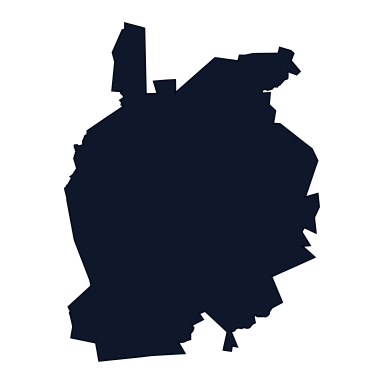 Cucurpe, Sonora, Mexico (Mercator projection)
{"feature_id": "50627088B85170396923038", "entity_name": "Cucurpe", "entity_type": "district", "adm_level": 2, "iso_a3": "MEX", "parent_name": "Mexico", "parent_adm1": "Sonora", "projection": "mercator", "projection_center": [-110.671, 30.429], "detail": "fine", "context": "isolated", "style": "filled", "palette": "ink", "viewbox_px": 384, "rotation_deg": 0, "n_neighbors": 0, "source": "geoboundaries", "source_scale": "gbopen_adm2", "svg_char_len": 4830}
<svg xmlns="http://www.w3.org/2000/svg" viewBox="0 0 384 384"><path d="M269.1,314.0L269.2,313.6L269.4,311.6L272.0,307.8L282.3,302.3L271.6,276.6L314.9,257.2L302.4,246.2L310.2,245.5L301.8,231.9L304.1,227.5L316.0,233.0L314.3,217.5L319.2,206.9L317.8,193.5L305.3,197.1L315.2,167.7L317.7,160.7L312.0,148.8L306.2,144.4L288.5,130.5L284.7,127.5L281.9,125.3L280.0,123.8L273.4,123.5L275.5,110.7L269.1,104.7L270.2,92.7L262.7,93.2L262.0,91.4L263.1,89.6L266.3,89.3L267.4,90.2L271.9,89.0L273.9,86.7L277.4,86.9L278.6,84.9L279.7,85.0L284.9,79.3L286.8,79.1L287.8,77.9L287.9,71.4L296.6,74.7L300.1,71.4L291.0,60.6L293.8,53.4L291.0,50.8L279.7,47.4L278.3,53.4L253.2,53.7L244.9,55.4L239.5,55.3L238.2,61.0L215.1,57.8L175.5,92.7L175.3,79.8L165.9,80.3L153.6,81.3L157.3,93.6L146.0,93.9L144.5,28.3L124.8,23.0L124.9,29.3L122.3,29.9L112.4,52.5L114.9,61.8L112.0,90.8L121.4,91.5L120.6,93.0L123.5,95.7L123.5,97.7L119.8,100.3L121.7,102.2L121.2,104.9L123.6,106.3L109.3,115.8L87.2,130.9L87.2,134.8L87.0,135.2L86.8,135.3L86.2,135.5L86.0,135.4L85.9,135.3L85.6,135.2L85.5,135.3L85.6,135.6L85.6,135.8L85.4,135.9L85.0,136.0L84.9,136.0L84.7,136.2L84.7,136.3L84.6,136.6L84.6,136.8L84.6,137.0L84.5,137.3L84.4,137.5L84.3,137.8L84.2,137.9L84.0,138.2L83.9,138.3L83.9,138.6L83.9,138.8L83.8,139.1L83.5,139.7L83.2,140.2L83.1,140.5L82.8,140.9L82.7,141.1L82.7,141.3L82.7,141.5L82.8,141.7L82.9,141.8L83.0,141.8L83.0,142.0L82.9,142.2L83.0,142.6L82.9,142.9L82.9,143.1L82.8,143.5L82.7,143.6L82.7,143.8L82.7,144.0L82.8,144.2L82.8,144.4L82.8,144.6L82.7,144.9L82.6,145.0L82.4,145.1L82.1,145.3L81.9,145.4L81.6,145.5L81.4,145.5L81.1,145.4L80.8,145.4L80.7,145.5L80.3,145.8L80.0,146.0L79.9,146.0L79.6,145.9L79.3,145.9L79.1,145.9L78.8,145.9L78.2,145.8L77.9,145.6L77.6,145.5L77.5,145.4L77.4,145.4L77.2,145.1L77.1,144.8L76.7,144.9L76.4,145.0L75.5,145.0L74.8,145.0L74.5,145.1L74.4,145.4L74.4,145.7L74.5,146.1L74.5,146.5L74.4,146.8L74.4,147.1L74.8,147.9L75.2,148.7L75.4,149.0L75.5,149.4L75.5,149.6L75.4,149.9L75.4,150.0L75.6,150.3L75.9,150.5L76.2,150.5L76.4,150.5L76.5,150.6L76.4,150.9L76.3,151.1L76.2,151.3L76.1,151.5L76.0,151.9L75.5,152.3L75.6,154.3L75.1,154.7L74.6,155.2L74.6,156.6L74.4,157.0L74.2,157.5L73.9,158.0L73.9,158.5L77.0,168.9L77.0,169.0L76.9,169.1L76.7,169.1L76.4,169.3L76.3,169.5L76.1,169.8L75.8,170.0L75.7,170.1L75.7,170.3L75.6,170.5L75.6,170.8L75.4,170.8L75.2,171.2L75.1,171.6L74.9,171.7L74.9,171.8L74.7,172.0L74.3,172.1L74.2,172.3L74.1,172.6L74.1,172.8L74.1,173.1L74.0,173.4L74.0,173.5L73.7,173.5L73.4,173.8L73.4,174.0L73.2,174.4L72.8,174.6L72.4,174.8L72.2,175.2L72.1,175.5L70.3,176.6L71.8,177.7L70.2,180.8L68.3,184.0L68.2,184.4L67.8,184.8L67.0,185.4L66.7,185.6L66.5,185.9L66.4,186.3L66.4,187.0L65.6,187.6L65.3,187.8L65.0,188.1L64.8,188.3L64.8,188.6L64.9,189.5L67.2,198.6L66.9,199.3L74.4,239.5L75.1,241.7L89.9,280.0L90.4,282.4L91.1,285.9L68.4,306.7L68.5,306.8L68.4,307.2L68.7,307.8L69.1,308.2L69.1,308.6L69.6,309.1L69.5,309.4L69.7,309.5L69.8,309.7L70.0,309.8L70.1,310.1L70.1,310.3L70.2,310.5L70.2,310.8L70.2,311.0L70.1,311.3L70.1,311.5L70.2,312.0L69.9,312.6L69.7,312.7L69.6,312.9L69.7,313.4L69.7,313.6L69.8,313.8L70.0,314.0L70.1,314.7L70.1,314.9L70.4,315.5L72.3,323.8L72.9,326.5L71.0,337.7L95.8,342.8L99.0,361.0L144.4,356.2L152.0,355.3L184.9,353.4L178.8,342.9L178.6,342.5L183.9,341.9L187.5,340.2L190.5,339.4L190.5,333.2L191.5,332.4L192.6,331.1L193.2,329.9L193.6,328.5L193.7,327.5L191.7,325.4L203.3,319.5L199.2,313.6L205.1,311.2L207.7,313.6L227.3,331.8L223.3,350.0L231.3,351.1L232.1,345.9L237.4,346.9L231.0,331.3L231.9,331.4L232.7,331.3L233.3,331.1L233.8,331.0L234.2,330.8L234.8,330.4L235.3,329.5L235.9,328.8L236.7,328.4L237.2,328.1L237.8,328.0L238.3,327.9L239.1,328.0L240.1,328.1L241.3,328.4L241.5,328.4L241.8,328.3L242.4,328.0L242.8,327.9L243.3,327.7L243.8,327.6L244.4,327.5L245.3,327.6L246.5,328.1L246.8,328.1L247.6,328.1L248.7,327.9L249.1,327.7L250.0,327.1L250.5,326.5L250.9,326.0L251.6,325.2L252.1,324.5L252.6,324.0L253.2,323.6L254.1,323.3L254.9,323.0L255.2,322.7L255.2,322.4L255.0,322.1L254.8,321.4L254.8,321.0L254.7,320.2L254.5,319.4L254.2,318.7L254.2,318.4L254.1,317.4L254.1,316.9L254.2,316.3L254.5,315.8L254.9,315.4L255.0,315.0L255.4,315.1L255.6,315.2L255.8,315.1L256.0,315.0L256.2,315.3L256.3,315.6L256.5,315.8L256.8,315.9L257.0,315.8L257.1,316.0L257.1,316.3L257.6,316.3L257.9,316.3L258.0,316.4L258.1,316.5L258.2,316.3L258.3,316.3L258.5,316.3L258.8,316.4L259.1,316.4L259.5,316.5L259.8,316.5L259.9,316.4L260.0,316.4L260.3,316.4L260.5,316.4L260.7,316.5L260.8,316.6L261.0,316.6L261.2,316.4L261.3,316.3L261.3,316.2L261.5,316.0L261.6,315.9L261.7,316.0L261.8,316.1L261.9,316.4L262.0,316.5L262.3,316.5L262.3,316.4L262.6,316.2L262.8,316.2L262.8,316.3L263.0,316.4L263.3,316.4L263.6,316.4L263.8,316.4L264.0,316.4L264.8,316.7L265.4,316.7L266.0,316.5L266.5,316.3L267.5,315.7L268.1,315.0L268.5,314.7L268.7,314.2L269.1,314.0Z" fill="#0f172a" stroke="#020617" stroke-width="1.5"/></svg>